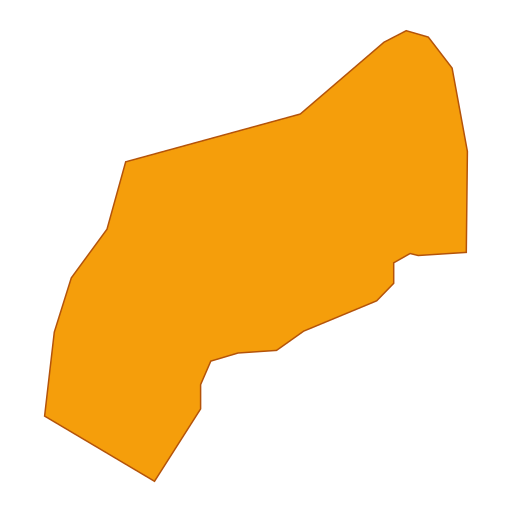 outline of Nazarje
{"feature_id": "SVN-975", "entity_name": "Nazarje", "entity_type": "Municipality", "adm_level": 1, "iso_a3": "SVN", "parent_name": "Slovenia", "parent_adm1": "", "projection": "albers", "projection_center": [14.92, 46.283], "detail": "fine", "context": "isolated", "style": "filled", "palette": "amber", "viewbox_px": 512, "rotation_deg": 0, "n_neighbors": 0, "source": "natural_earth", "source_scale": "10m", "svg_char_len": 425}
<svg xmlns="http://www.w3.org/2000/svg" viewBox="0 0 512 512"><path d="M154.5,481.3L44.6,416.1L54.3,332.1L71.3,277.9L107.0,229.2L125.7,161.8L300.3,114.0L384.0,42.2L406.2,30.7L428.3,37.1L452.1,68.1L467.4,151.5L466.3,252.4L418.2,255.5L410.1,253.5L393.7,262.8L393.7,283.3L376.7,300.8L303.7,331.1L276.5,350.4L238.0,353.0L210.8,361.1L200.6,384.6L200.6,408.9L154.5,481.3Z" fill="#f59e0b" stroke="#b45309" stroke-width="1.5"/></svg>